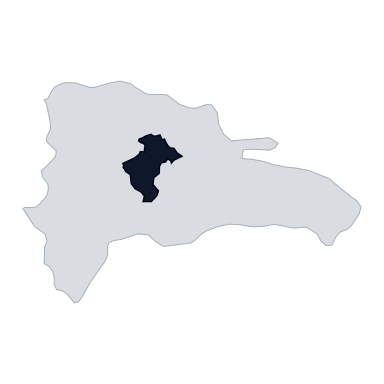 La Vega on a map of Dominican Republic (Albers equal-area conic projection)
{"feature_id": "DOM-1975", "entity_name": "La Vega", "entity_type": "Province", "adm_level": 1, "iso_a3": "DOM", "parent_name": "Dominican Republic", "parent_adm1": "", "projection": "albers", "projection_center": [-70.602, 19.023], "detail": "fine", "context": "in_parent", "style": "filled", "palette": "ink", "viewbox_px": 384, "rotation_deg": 0, "n_neighbors": 0, "source": "natural_earth", "source_scale": "10m", "svg_char_len": 2208}
<svg xmlns="http://www.w3.org/2000/svg" viewBox="0 0 384 384"><path d="M44.1,263.4L44.6,247.3L47.1,240.9L44.9,234.0L34.7,226.6L28.5,217.2L23.0,208.8L24.3,207.6L35.4,207.3L39.3,204.3L46.9,195.8L48.4,189.0L47.8,183.8L43.0,177.6L41.1,171.1L47.2,165.4L55.0,157.2L56.1,154.0L56.0,150.8L46.9,142.0L46.3,138.2L50.6,128.8L50.3,122.5L46.2,102.8L44.2,99.9L48.2,98.3L50.9,92.4L54.5,87.2L59.2,84.5L64.6,82.7L75.2,82.9L89.9,87.5L94.0,87.5L108.2,83.4L119.9,81.1L130.9,83.8L135.3,87.3L144.4,92.9L149.0,94.6L163.4,94.5L167.3,95.1L179.4,104.3L189.6,108.0L195.5,108.2L206.0,104.6L211.3,104.6L217.3,112.6L218.6,124.0L223.6,134.3L231.4,140.8L269.5,137.8L278.0,143.2L275.1,147.7L269.8,150.2L251.6,149.2L243.7,149.8L242.2,154.3L242.1,158.5L252.8,159.4L263.2,161.4L273.8,164.7L284.6,166.9L296.7,168.2L308.7,170.5L328.8,178.5L351.0,196.8L357.0,200.9L361.0,206.7L359.2,213.8L351.4,225.7L347.0,229.5L340.5,231.9L336.1,236.7L331.9,244.9L329.2,245.7L326.1,245.4L320.8,240.8L316.9,233.7L306.2,227.1L293.5,228.1L274.8,224.3L263.5,226.3L252.1,226.8L240.6,224.8L228.9,224.2L217.3,226.8L206.1,231.1L201.9,233.8L194.7,240.5L190.9,243.0L163.4,246.4L155.5,241.5L148.2,234.8L137.6,233.9L122.3,239.1L112.7,240.9L108.8,243.1L107.7,245.7L107.6,255.0L105.4,260.7L90.4,282.1L81.9,297.2L78.4,301.9L74.4,302.9L67.1,294.1L62.4,290.9L56.6,289.3L54.2,284.7L54.3,278.1L52.8,271.7L49.3,266.7L44.1,263.4Z" fill="#d9dde1" stroke="#a8b0b8" stroke-width="1"/><path d="M151.0,134.3L153.2,135.9L156.1,136.2L158.2,135.4L160.1,135.0L161.9,139.6L164.5,139.1L165.9,142.4L167.7,145.5L170.3,148.0L174.0,148.3L177.0,152.9L181.6,155.9L181.8,156.2L182.0,156.4L179.9,157.2L177.7,158.4L174.0,160.1L171.4,163.1L170.7,160.6L168.5,159.3L166.7,159.9L165.7,161.8L161.3,162.9L159.4,166.5L159.3,173.2L153.8,177.7L153.0,184.5L158.4,190.8L157.1,195.2L154.7,198.2L152.7,200.0L151.3,201.6L147.3,201.5L143.1,201.6L144.4,196.1L140.9,191.8L135.3,188.9L131.3,183.6L130.3,174.6L125.5,171.3L124.7,169.2L123.2,167.6L123.6,165.5L122.9,163.4L125.6,162.1L128.6,160.8L134.4,158.0L139.2,154.3L140.3,151.7L142.3,151.6L144.7,152.1L144.4,149.3L145.1,145.9L143.7,143.4L140.8,142.6L138.6,140.9L139.3,138.9L141.6,138.3L146.2,135.8L151.0,134.3Z" fill="#0f172a" stroke="#020617" stroke-width="1.5"/></svg>